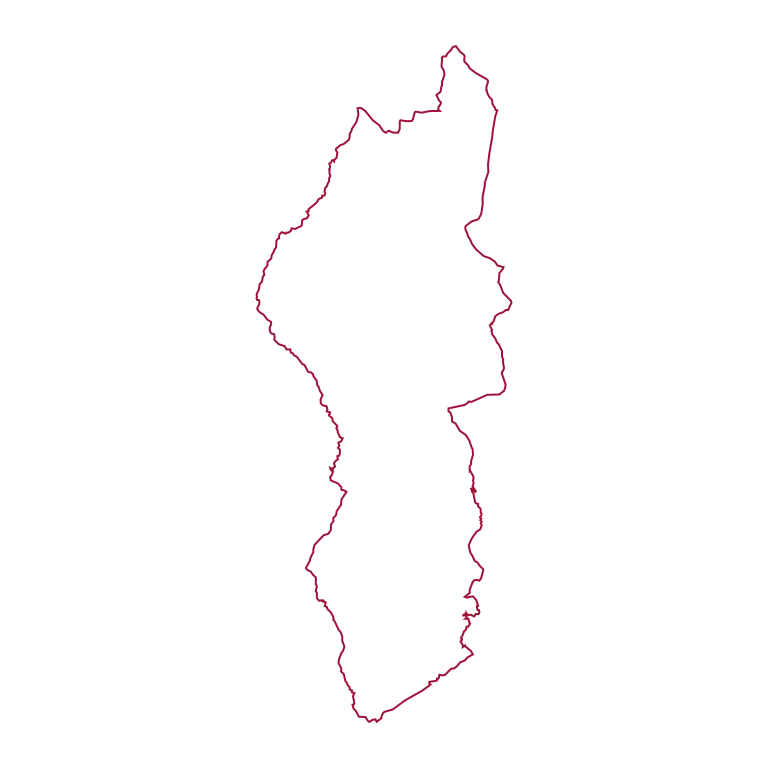 the district of Cerasu, Prahova, Romania
{"feature_id": "2599482B945049345114", "entity_name": "Cerasu", "entity_type": "district", "adm_level": 2, "iso_a3": "ROU", "parent_name": "Romania", "parent_adm1": "Prahova", "projection": "orthographic", "projection_center": [26.048, 45.399], "detail": "fine", "context": "isolated", "style": "outline", "palette": "rose", "viewbox_px": 768, "rotation_deg": 0, "n_neighbors": 0, "source": "geoboundaries", "source_scale": "gbopen_adm2", "svg_char_len": 6093}
<svg xmlns="http://www.w3.org/2000/svg" viewBox="0 0 768 768"><path d="M472.9,654.4L470.8,650.9L465.6,646.6L465.1,645.4L462.8,647.1L462.8,645.1L460.5,641.4L461.9,640.2L462.0,638.9L461.1,638.6L461.4,636.9L462.4,635.7L464.1,631.2L465.9,629.8L466.6,626.6L468.1,626.7L470.1,623.7L469.1,622.6L469.3,621.6L468.3,618.8L465.4,618.7L466.9,617.6L465.5,615.4L463.4,615.5L463.4,614.8L465.0,614.8L465.3,613.8L465.9,614.3L466.1,613.3L466.6,614.8L467.1,614.0L468.4,615.3L470.3,614.7L474.3,616.4L475.7,614.0L478.5,614.2L479.4,612.6L478.9,610.1L477.9,610.2L477.0,608.4L477.0,606.1L478.1,605.9L476.3,600.2L473.2,596.5L468.7,596.9L467.1,597.8L464.7,596.8L469.8,592.8L469.6,590.2L472.5,582.3L474.2,580.2L477.0,579.8L479.2,580.7L481.0,578.6L483.3,570.1L483.1,569.1L479.5,565.6L477.8,562.8L474.6,560.7L472.4,555.8L470.3,552.6L468.7,545.4L471.5,539.1L473.8,535.4L476.8,531.5L480.0,529.6L480.9,527.6L481.7,524.8L480.7,523.3L481.7,521.5L480.3,520.2L481.3,518.8L479.9,517.2L481.3,515.6L481.5,513.4L480.7,512.5L480.6,508.9L478.0,506.1L478.2,504.0L475.9,503.3L475.0,501.7L473.3,493.1L472.0,491.7L472.0,490.5L471.1,488.9L471.8,488.5L475.1,491.8L475.8,491.4L472.6,486.2L473.6,483.5L473.0,480.0L473.7,478.4L473.1,476.0L470.7,471.7L469.7,471.7L470.0,470.4L469.5,469.6L469.7,466.3L471.2,463.9L471.0,461.5L473.0,454.8L472.6,449.0L471.7,447.7L469.4,440.8L465.9,435.1L459.8,430.8L455.6,423.5L452.0,421.5L452.1,417.6L450.4,412.6L448.5,411.3L448.5,408.4L464.5,405.0L467.4,403.2L468.8,401.5L471.4,401.9L487.3,394.8L499.3,394.5L504.0,390.8L505.1,388.1L505.6,384.4L501.9,373.8L502.0,372.0L503.2,370.5L504.0,368.0L503.1,363.0L503.2,359.4L502.0,356.5L502.0,351.2L498.7,344.2L496.9,342.4L495.3,338.3L492.5,334.9L491.4,331.0L492.0,329.8L489.8,325.5L490.6,324.3L492.1,324.0L491.8,323.1L493.6,321.4L495.3,316.2L498.7,313.8L503.1,312.2L505.8,310.0L508.1,310.0L511.5,302.6L511.0,300.9L503.2,292.9L500.3,285.4L498.2,282.0L499.0,280.1L499.3,273.2L502.8,269.0L503.5,267.2L497.4,265.5L495.0,261.7L489.8,258.2L483.6,256.0L476.0,249.3L472.1,244.1L469.9,239.1L468.0,236.3L467.3,233.4L465.4,229.5L465.3,226.9L465.8,225.9L471.5,221.5L478.3,219.3L481.2,214.1L482.7,204.3L482.6,196.8L484.8,185.6L484.8,182.8L488.4,171.8L488.0,164.8L489.2,154.6L492.3,136.5L492.6,132.2L495.1,117.0L497.3,110.3L495.4,109.8L495.1,108.1L492.6,104.3L491.8,99.4L489.3,97.0L487.3,93.2L487.1,91.3L486.3,90.6L486.7,89.8L486.3,88.9L486.4,86.9L488.1,81.4L487.3,79.6L476.1,73.2L469.7,68.4L468.3,65.5L464.6,61.8L464.2,60.3L464.6,56.5L464.1,54.9L460.0,51.7L455.9,46.1L452.6,47.3L450.9,50.2L447.2,53.8L446.1,56.3L443.0,56.5L441.8,57.6L442.1,58.9L441.5,66.4L443.8,70.7L444.5,74.5L442.0,82.2L442.0,85.7L441.3,86.6L440.5,91.9L436.4,95.0L439.2,100.7L441.0,102.4L440.7,103.9L438.6,107.0L438.2,109.5L439.8,110.9L429.7,111.1L421.4,112.7L415.8,111.6L414.7,112.4L412.8,119.6L411.7,121.0L406.7,121.2L400.4,120.3L399.8,121.3L399.7,129.2L398.0,132.7L393.0,132.6L388.6,130.7L385.7,132.8L382.9,130.7L379.4,125.3L372.9,120.4L365.3,111.0L361.8,108.4L359.9,107.8L357.6,108.2L358.4,114.5L356.5,121.8L351.6,129.4L351.5,131.0L349.7,133.8L349.6,137.3L348.9,139.8L343.4,144.2L340.6,145.0L336.1,148.6L335.8,150.0L337.4,152.5L336.5,157.9L334.4,159.7L334.1,161.3L333.1,160.1L332.2,160.2L330.9,162.7L329.3,163.7L330.0,166.0L329.8,168.6L329.1,169.2L329.6,170.7L329.4,173.2L330.4,175.8L329.2,178.1L329.0,181.7L327.9,183.0L327.0,186.1L325.3,187.8L324.5,191.5L325.2,193.4L324.9,194.7L324.2,195.6L322.1,195.7L322.1,197.5L318.6,199.2L316.5,202.7L308.6,209.2L308.6,211.2L306.6,211.5L308.7,215.2L306.8,218.4L304.0,218.9L302.1,220.4L301.9,224.8L301.2,226.0L294.9,229.0L291.6,228.3L290.7,231.1L287.9,232.8L286.4,232.6L285.6,233.7L281.9,232.2L279.8,234.0L279.0,236.4L279.1,238.4L277.6,239.0L276.4,240.8L276.1,247.5L274.3,249.6L274.1,251.1L271.7,255.2L271.2,258.5L267.5,262.0L267.5,265.0L266.5,267.0L264.6,268.9L263.5,271.5L264.4,274.9L262.9,276.4L262.0,281.7L259.7,284.0L258.9,289.4L256.6,294.2L257.0,296.7L256.5,298.5L257.2,300.0L258.8,299.9L259.4,301.4L259.3,303.8L257.2,308.4L257.7,310.1L260.3,312.7L263.5,314.5L267.0,319.4L271.1,321.9L271.1,324.3L269.8,327.4L269.7,330.7L271.0,333.2L274.1,334.2L274.7,337.3L274.2,339.7L278.6,344.1L284.7,346.2L286.6,349.5L290.4,349.4L290.7,352.5L292.7,353.2L293.7,354.9L297.0,357.0L302.2,363.9L304.6,365.1L308.0,371.7L311.4,372.7L313.0,374.2L313.5,376.3L316.6,380.6L317.3,385.3L318.6,386.7L319.8,390.6L322.6,395.1L320.6,399.4L320.8,403.3L322.4,405.2L326.6,406.3L327.4,409.4L326.8,411.4L330.0,412.3L330.2,413.0L328.9,414.8L329.1,415.7L332.1,417.9L332.8,421.3L336.9,425.5L337.3,426.9L336.4,427.7L336.7,429.0L337.7,430.3L337.7,432.3L340.1,437.3L342.6,438.2L341.3,441.2L338.4,442.6L339.3,446.0L338.0,447.8L339.8,449.5L340.0,451.8L339.3,455.6L337.3,456.2L337.9,459.5L335.6,460.9L333.9,463.4L335.1,466.6L333.2,468.0L332.8,469.3L330.2,467.9L330.7,469.9L333.0,471.5L331.9,475.0L330.1,476.9L330.9,480.5L337.9,483.4L341.3,487.3L341.4,489.8L343.9,490.3L346.5,491.9L341.6,499.2L340.9,505.1L336.7,511.1L336.0,515.2L333.2,518.1L333.5,520.9L331.0,524.7L330.8,530.0L328.3,533.8L323.7,535.2L314.5,544.9L313.4,549.1L313.3,552.2L310.8,557.1L309.7,561.0L305.9,568.0L307.0,569.6L310.8,571.7L312.9,574.7L315.9,577.5L315.8,584.2L316.6,585.4L316.8,586.9L315.7,591.0L316.8,592.7L316.9,598.0L319.0,600.7L322.8,600.2L323.4,600.6L322.8,601.4L325.7,602.4L324.8,606.2L326.9,607.0L327.6,609.2L330.9,612.4L333.5,617.3L333.2,619.5L334.7,621.4L338.6,629.7L340.7,632.3L342.2,636.2L342.3,641.0L344.4,646.6L343.1,650.8L341.9,652.2L339.9,656.7L338.6,661.1L338.7,663.3L341.4,668.6L341.0,671.5L343.8,674.1L345.3,680.9L346.8,682.7L347.7,685.4L349.6,687.1L349.7,689.5L352.0,690.5L351.8,692.3L354.4,693.1L353.0,696.1L354.4,703.4L354.0,704.3L352.5,704.6L353.5,708.5L356.1,711.3L358.9,716.7L365.5,717.1L367.9,720.9L369.3,721.9L372.6,719.8L375.5,719.4L376.6,721.8L381.4,718.2L381.5,716.4L383.0,713.1L384.5,711.8L392.7,709.5L405.5,700.1L422.5,690.5L430.5,684.6L429.3,683.6L429.3,681.9L436.7,680.7L437.0,678.6L437.8,678.9L438.9,677.7L439.3,674.8L442.3,675.4L444.9,675.0L450.3,669.5L451.8,668.5L454.0,668.5L457.1,666.1L460.1,662.4L465.3,660.2L465.4,659.6L467.9,657.2L472.9,654.4Z" fill="none" stroke="#9f1239" stroke-width="2"/></svg>